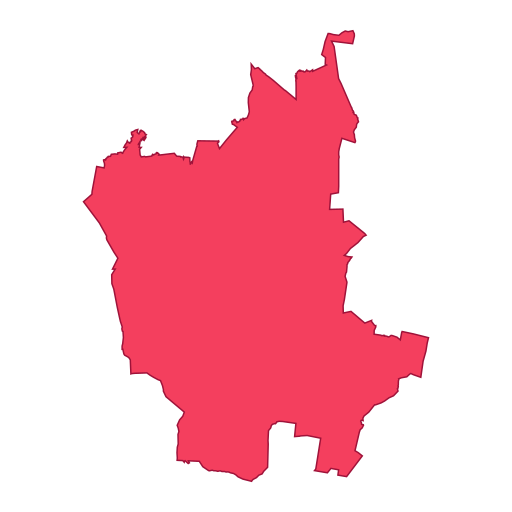 the district of San José del Rincón, México, Mexico
{"feature_id": "50627088B61980296912974", "entity_name": "San José del Rincón", "entity_type": "district", "adm_level": 2, "iso_a3": "MEX", "parent_name": "Mexico", "parent_adm1": "México", "projection": "robinson", "projection_center": [-100.117, 19.636], "detail": "fine", "context": "isolated", "style": "filled", "palette": "rose", "viewbox_px": 512, "rotation_deg": 0, "n_neighbors": 0, "source": "geoboundaries", "source_scale": "gbopen_adm2", "svg_char_len": 6030}
<svg xmlns="http://www.w3.org/2000/svg" viewBox="0 0 512 512"><path d="M251.2,64.1L251.4,69.7L250.7,74.6L253.1,84.7L253.2,86.0L252.7,86.7L252.2,89.9L249.9,93.1L248.4,97.6L248.3,102.6L249.3,111.8L248.4,115.0L247.0,118.0L244.8,118.5L243.7,119.6L243.6,118.6L243.1,118.3L242.8,118.8L242.2,119.2L240.6,119.4L240.7,119.9L240.0,120.4L239.9,121.0L238.4,122.1L237.7,122.0L237.1,122.5L237.0,121.9L236.6,122.0L234.9,119.4L234.1,119.6L233.7,120.9L231.9,121.2L231.7,121.7L232.4,124.3L233.3,124.4L237.3,127.3L226.3,140.1L219.5,148.6L217.5,143.5L217.6,143.0L218.9,141.8L218.6,140.8L218.0,141.1L197.8,140.8L196.9,144.2L197.2,146.0L196.8,146.2L192.7,160.6L192.3,162.9L192.0,162.5L191.6,162.8L191.4,162.2L190.6,163.9L189.9,164.5L190.4,163.3L189.9,161.5L189.8,157.8L188.7,157.4L184.1,157.1L183.8,156.8L183.8,158.6L183.5,159.2L183.1,157.6L182.6,157.1L181.1,156.8L180.8,157.0L180.2,156.4L176.7,156.2L174.3,153.3L159.0,155.1L158.7,155.1L159.1,154.2L158.0,153.2L157.3,153.1L157.4,152.7L156.8,152.5L156.3,152.9L156.6,153.5L155.5,154.0L153.9,154.5L153.8,154.9L153.3,155.0L152.5,154.4L152.4,154.6L152.7,154.9L151.9,155.6L151.9,156.0L152.4,156.0L145.5,156.9L144.6,156.4L141.3,156.9L140.1,154.9L139.6,149.3L141.2,147.4L139.1,147.3L139.7,144.3L138.4,144.4L138.7,143.5L139.4,143.6L140.0,142.9L139.5,142.6L140.0,141.3L141.4,140.6L141.0,139.4L141.3,139.1L141.6,139.1L141.8,139.9L142.4,139.1L143.1,139.7L143.3,139.1L143.8,139.4L144.2,140.2L145.7,137.9L142.3,137.6L144.9,137.2L145.3,136.9L144.7,136.7L145.8,135.6L145.9,134.6L146.1,134.5L144.8,133.7L144.7,132.8L143.3,131.5L141.1,130.2L140.8,130.3L141.0,130.9L140.6,131.6L140.1,131.1L138.9,133.9L137.2,132.5L137.8,129.5L135.3,130.2L134.1,131.1L131.4,132.3L131.7,134.8L132.7,135.1L132.6,136.2L132.8,136.0L132.7,136.9L132.2,137.5L131.1,138.2L131.6,140.2L130.7,140.4L131.5,140.5L131.4,141.5L130.2,142.1L129.9,143.1L129.4,143.2L129.1,142.7L128.1,142.2L127.3,140.9L126.5,143.0L125.2,144.7L123.8,147.4L126.8,147.3L124.9,149.5L123.2,152.0L122.9,153.0L122.5,153.3L121.0,152.2L117.7,152.9L117.6,154.2L114.9,153.9L111.3,154.3L110.5,156.3L108.3,156.4L108.0,157.1L107.4,157.1L106.8,158.0L106.0,158.6L105.6,159.2L105.8,159.7L105.3,160.0L105.0,159.6L103.6,159.9L103.6,160.8L104.4,163.2L104.6,165.3L104.1,167.9L96.7,166.5L92.1,191.4L91.9,194.3L83.5,201.7L99.4,223.0L106.6,236.0L106.4,238.0L106.9,239.9L113.9,252.1L117.9,258.2L112.5,269.1L115.2,269.1L111.7,274.7L111.9,283.7L113.8,289.1L117.3,307.4L119.7,318.4L120.4,321.4L122.3,327.1L121.9,328.2L122.0,329.7L122.4,331.2L123.0,331.4L123.4,337.6L122.7,343.7L122.1,346.0L122.1,349.3L122.8,349.2L123.9,354.0L124.7,355.2L127.5,356.7L128.9,357.7L130.3,359.8L130.9,373.9L131.7,373.6L134.7,373.3L146.9,372.9L150.1,375.2L153.6,377.3L158.1,379.7L160.5,380.6L162.5,385.7L163.4,389.5L163.4,391.2L166.0,396.7L184.3,412.1L182.8,416.2L179.6,419.9L177.2,425.3L178.2,428.0L178.9,431.5L178.0,434.4L178.2,444.0L177.3,447.2L177.0,452.7L177.3,458.0L177.1,460.3L182.8,460.6L184.2,462.2L184.4,461.3L185.1,460.7L188.2,463.5L189.4,462.8L188.4,460.8L199.3,461.3L202.8,466.7L208.6,470.6L209.4,470.8L212.2,470.2L213.6,470.7L215.8,470.8L217.8,471.3L220.1,470.8L221.9,471.5L224.6,471.5L226.0,472.0L227.8,471.9L229.0,472.1L230.4,472.8L233.6,473.5L235.8,474.8L238.0,476.8L242.9,479.1L251.6,481.3L251.9,480.6L253.1,479.4L256.5,477.6L258.8,475.2L262.1,473.9L263.7,471.3L267.6,467.3L268.2,444.0L268.0,440.5L268.5,430.6L270.7,427.9L271.3,425.6L272.4,424.3L275.1,423.5L275.5,423.7L276.6,422.4L276.8,421.8L279.2,421.3L282.8,421.5L295.9,423.4L294.6,436.6L299.6,436.2L300.6,435.9L307.2,435.5L320.7,438.2L315.8,469.0L314.5,470.6L327.4,472.8L330.9,468.4L338.6,469.8L337.9,475.1L346.6,476.6L362.3,455.9L358.3,452.7L355.0,450.7L359.3,432.3L360.2,429.7L362.2,427.9L363.5,425.2L363.3,424.7L361.6,424.4L361.3,422.4L360.7,421.2L361.1,420.4L361.9,420.2L363.1,420.6L362.9,419.0L363.0,417.9L364.1,415.9L368.8,412.1L374.6,404.8L375.4,404.9L381.1,402.9L384.6,401.0L389.0,397.8L393.5,395.8L398.0,391.1L397.4,388.7L397.9,388.3L398.1,387.4L398.0,387.2L398.3,386.6L398.0,385.7L398.3,385.1L398.4,380.9L398.9,379.2L398.7,378.8L401.3,377.8L406.8,376.8L409.6,374.2L410.8,373.5L413.4,374.7L420.8,377.3L423.1,361.2L425.9,351.2L427.2,343.1L428.5,337.7L413.4,333.9L402.1,331.5L401.7,332.4L400.3,339.9L397.0,337.2L392.4,335.6L391.1,335.4L389.2,336.8L388.2,336.9L386.8,336.2L384.7,336.1L384.9,335.8L384.7,335.5L384.3,335.8L383.7,335.3L382.0,335.7L381.2,335.5L381.0,335.2L374.1,334.2L374.2,330.4L375.8,326.9L375.8,325.6L375.1,325.7L374.4,325.2L371.7,321.7L371.5,321.0L371.6,320.4L364.8,323.1L351.0,311.4L343.3,313.0L343.1,305.8L344.4,299.4L346.9,282.7L346.9,282.0L345.1,276.4L345.3,275.4L345.8,273.2L346.5,272.1L347.0,266.7L347.0,264.6L347.7,263.7L347.7,262.7L349.6,260.4L350.5,258.6L351.1,258.2L351.9,257.0L348.0,256.6L344.3,255.4L346.5,253.5L350.4,248.5L357.9,242.6L363.4,236.5L366.1,235.2L364.7,233.5L349.0,220.8L343.5,222.2L342.9,209.1L329.6,209.4L330.7,194.1L338.4,192.7L338.7,186.5L338.7,159.2L339.1,157.0L338.7,154.9L338.7,151.8L339.3,148.4L341.9,138.3L354.9,142.6L355.4,141.8L355.5,141.0L354.6,137.7L354.3,134.2L354.0,133.8L353.5,132.0L354.3,129.8L356.3,127.2L356.6,124.5L357.1,123.4L358.5,121.8L358.1,120.8L358.1,120.1L357.6,119.5L357.9,118.0L357.3,117.8L356.3,115.2L354.3,114.4L354.0,113.9L353.8,112.4L353.2,112.4L353.5,111.7L353.2,110.9L352.5,110.3L351.6,107.4L351.2,107.0L341.1,83.6L338.6,78.6L334.1,46.5L331.5,41.1L352.6,43.7L354.4,36.0L354.3,33.8L352.9,30.7L348.1,31.7L345.2,31.0L341.9,32.8L338.9,35.3L333.4,34.6L329.8,33.6L328.1,33.5L325.1,41.5L323.3,49.4L321.7,54.6L325.5,57.5L325.2,64.3L326.5,65.0L312.7,71.3L312.6,69.8L309.8,71.7L308.9,71.0L307.4,71.1L306.8,70.0L305.3,71.7L304.7,71.9L303.9,71.9L303.5,71.2L302.3,71.3L301.9,70.9L301.1,71.1L300.8,70.6L300.2,71.2L299.5,71.1L300.1,70.3L299.5,70.1L297.6,71.7L296.6,73.6L296.0,73.6L296.9,79.3L295.9,75.2L295.4,75.5L295.5,77.0L296.0,78.8L295.8,81.0L296.0,81.2L296.1,86.6L296.1,99.5L285.2,90.4L284.8,90.4L273.4,80.5L268.7,76.8L266.1,75.1L265.5,74.1L263.4,72.6L261.4,70.5L259.9,69.4L259.9,69.1L258.1,67.6L254.8,68.7L251.2,64.1Z" fill="#f43f5e" stroke="#9f1239" stroke-width="1.5"/></svg>